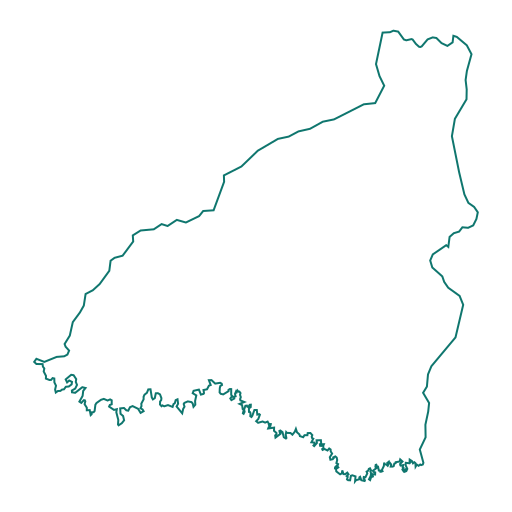 Obo, Haut-Mbomou, Central African Republic
{"feature_id": "33826404B40761150188578", "entity_name": "Obo", "entity_type": "district", "adm_level": 2, "iso_a3": "CAF", "parent_name": "Central African Republic", "parent_adm1": "Haut-Mbomou", "projection": "natural_earth1", "projection_center": [26.309, 5.539], "detail": "fine", "context": "isolated", "style": "outline", "palette": "teal", "viewbox_px": 512, "rotation_deg": 0, "n_neighbors": 0, "source": "geoboundaries", "source_scale": "gbopen_adm2", "svg_char_len": 6014}
<svg xmlns="http://www.w3.org/2000/svg" viewBox="0 0 512 512"><path d="M471.5,54.2L466.8,45.3L456.8,36.9L453.4,35.8L452.6,42.4L447.4,45.9L441.5,43.1L436.4,38.0L432.7,37.4L427.6,39.4L421.7,46.4L420.3,47.0L419.1,46.8L415.9,43.9L412.6,39.5L411.5,39.1L406.3,40.3L403.9,39.5L398.2,31.6L393.4,30.7L390.0,32.2L382.6,32.6L376.0,64.1L379.5,76.1L384.2,85.7L375.2,103.1L363.8,104.3L334.0,119.4L322.8,121.7L310.0,128.8L298.5,131.4L288.7,136.6L277.9,138.9L257.8,150.7L241.4,166.5L223.9,175.4L224.1,181.8L213.6,210.3L203.2,211.0L199.1,216.1L185.9,222.5L176.8,219.9L167.6,226.0L161.6,224.1L153.8,229.3L140.6,230.5L132.8,235.4L133.2,241.5L122.6,255.7L114.6,257.8L110.6,260.7L109.3,270.8L99.7,284.0L92.9,290.2L85.6,294.0L83.8,305.6L79.9,312.5L72.8,322.1L69.8,335.6L64.6,344.0L65.6,346.7L69.1,350.6L67.4,354.6L64.2,356.3L56.7,356.9L44.3,361.9L36.4,358.8L34.2,361.9L36.4,364.0L42.6,364.1L42.9,366.6L44.3,368.5L43.7,371.5L46.0,375.9L45.9,378.6L49.5,380.0L51.1,379.9L52.6,378.1L54.3,378.5L54.4,382.4L56.0,385.7L55.1,389.5L55.8,392.5L57.9,391.0L60.4,390.9L62.0,389.6L64.0,389.3L65.8,386.8L68.8,386.5L71.6,384.4L72.0,381.9L69.2,380.5L67.1,382.4L65.7,379.4L71.2,374.8L73.6,375.2L76.2,379.1L75.8,381.9L77.0,384.9L75.2,388.6L71.9,390.5L72.0,392.3L75.2,392.8L82.3,387.2L85.5,388.0L83.2,390.9L82.6,395.9L79.4,401.6L81.3,402.9L83.8,400.2L84.8,400.3L85.3,401.3L84.6,404.2L86.8,407.7L86.8,410.3L89.7,410.1L90.7,415.1L91.6,414.3L91.8,412.3L93.6,412.2L94.6,411.0L95.4,404.7L96.5,403.0L101.0,399.8L103.8,398.9L107.6,400.5L110.1,399.4L111.7,400.3L111.7,404.3L109.8,405.0L109.1,406.6L114.0,409.9L116.8,409.2L116.3,412.2L118.3,420.0L118.0,424.5L118.6,425.3L121.8,423.2L124.1,420.3L123.1,416.0L120.5,413.8L120.2,408.4L124.0,408.0L126.3,410.3L128.2,410.7L130.0,407.2L132.6,406.1L138.1,408.8L140.6,412.9L143.6,411.2L142.6,409.5L140.5,408.2L141.5,406.1L141.3,403.7L143.6,399.3L143.6,396.7L144.5,394.7L146.9,392.8L148.3,389.4L150.5,389.3L151.8,397.5L152.9,399.4L154.8,398.1L155.8,393.3L157.9,393.2L160.0,394.4L161.4,398.1L161.2,400.1L160.1,401.5L160.0,404.5L161.5,406.2L162.4,405.4L164.2,406.3L168.0,405.1L172.6,406.9L173.5,404.1L174.8,403.2L175.7,400.1L177.5,399.3L178.1,403.7L176.6,406.5L182.2,413.3L183.2,408.8L184.5,406.7L183.7,404.0L184.4,402.9L187.8,401.4L191.5,402.1L192.7,403.5L193.5,406.8L195.3,404.7L195.1,401.0L196.3,395.4L192.7,393.2L193.6,390.8L198.9,389.6L200.9,394.6L203.5,393.9L204.0,393.1L203.5,390.0L207.0,389.3L208.9,385.7L210.7,385.0L208.9,380.2L211.5,380.1L215.2,383.6L220.2,382.8L221.7,383.7L222.0,385.0L220.3,386.0L219.8,388.0L219.6,392.4L220.7,393.8L223.2,394.4L228.5,391.2L228.5,389.9L229.9,389.0L231.2,389.1L231.2,394.9L232.9,396.8L231.4,397.0L230.3,398.5L231.4,400.1L234.3,398.5L234.1,396.7L235.6,396.3L235.0,393.9L236.1,391.3L236.7,392.1L237.4,390.4L238.5,391.7L239.4,391.6L240.5,393.1L240.0,394.8L240.8,397.1L240.1,399.1L240.4,400.4L244.3,402.0L239.6,403.9L242.1,405.1L242.7,409.1L243.8,409.9L242.9,413.3L243.6,413.8L244.6,411.8L244.1,409.6L245.4,405.8L246.9,405.6L247.4,406.8L248.3,406.9L249.7,404.8L250.8,404.7L250.7,407.1L248.9,408.4L249.0,411.9L249.9,412.0L250.5,413.2L250.3,416.2L251.4,417.0L252.3,415.8L254.4,410.0L256.8,410.0L257.3,414.6L259.2,414.1L259.9,414.7L258.3,419.0L256.2,421.2L258.1,422.8L262.6,421.5L265.1,422.6L267.6,421.6L268.9,423.9L270.8,424.1L270.4,425.8L269.1,425.5L269.6,427.2L268.6,427.4L268.2,428.5L274.1,427.6L274.0,430.8L276.4,432.9L276.5,434.2L275.2,435.4L275.5,437.6L280.5,433.8L280.7,432.6L279.8,432.6L279.4,431.0L280.3,430.5L282.5,432.1L283.8,437.2L285.9,438.5L286.4,438.0L285.7,434.7L286.2,432.1L286.9,432.9L290.5,433.0L292.4,434.7L294.8,431.7L295.9,428.9L297.0,432.3L299.4,434.4L299.9,436.1L303.2,437.2L304.5,435.2L307.4,435.2L307.7,433.1L310.4,433.0L312.3,435.1L311.7,436.8L312.2,438.2L313.3,438.7L311.4,442.3L314.4,442.6L314.4,444.5L313.5,445.5L314.2,446.1L316.9,443.0L316.6,440.3L320.9,440.2L321.2,443.7L319.9,444.2L320.1,445.8L321.5,445.9L322.9,444.2L323.9,444.2L323.2,445.9L323.5,448.2L322.2,449.1L322.6,449.9L324.5,449.0L327.5,450.5L329.2,448.5L330.6,449.5L330.7,451.4L332.1,453.6L329.8,457.2L330.4,459.7L332.7,459.2L333.7,458.1L333.3,457.4L335.3,456.4L336.7,457.6L337.2,460.0L336.4,463.1L338.1,464.1L337.4,466.2L338.3,467.4L337.6,467.9L336.4,466.0L335.1,467.3L335.0,468.4L336.0,468.5L336.3,471.4L340.1,474.3L341.8,473.4L342.3,470.4L343.5,474.1L345.2,474.2L347.3,472.6L348.5,474.3L346.7,476.1L347.7,476.9L347.0,479.4L348.1,480.2L350.1,480.3L350.9,475.8L352.3,475.3L355.5,476.4L355.1,481.3L356.0,480.2L359.2,479.3L359.4,477.3L360.1,476.8L361.3,480.2L364.6,481.0L364.9,480.3L363.6,478.2L363.8,477.0L365.4,477.3L367.3,473.4L366.6,471.6L368.2,470.7L368.8,468.9L370.0,468.3L371.1,470.5L370.4,471.4L371.1,473.4L370.6,476.1L369.0,479.3L370.1,480.1L371.1,477.2L372.9,476.5L372.3,474.1L375.1,474.5L375.2,472.4L373.3,471.8L373.0,470.7L376.2,468.3L375.4,466.8L375.7,464.9L376.3,464.7L377.4,467.2L378.1,466.9L378.8,470.5L380.3,470.6L380.3,471.7L380.9,471.8L382.5,471.2L381.9,470.0L383.8,466.1L384.2,462.6L384.6,464.3L386.3,464.5L387.7,465.8L388.5,464.3L387.4,462.9L388.8,461.7L389.0,462.8L389.7,462.6L391.2,464.5L390.7,466.6L392.7,466.6L393.7,466.1L394.3,463.6L395.6,463.2L395.7,462.2L399.7,461.5L400.2,459.4L402.5,461.5L400.1,464.0L400.2,464.9L400.6,465.6L403.2,465.1L402.6,467.0L403.4,467.6L402.4,469.5L403.4,471.0L404.0,469.6L405.2,469.3L405.1,471.6L406.3,471.1L407.3,468.9L405.6,465.2L405.8,462.8L409.6,463.3L410.3,462.4L409.6,461.6L409.7,459.6L412.0,461.1L413.0,463.3L414.3,462.2L415.4,463.1L415.6,466.6L416.8,464.6L418.6,465.8L420.2,464.5L421.1,465.1L422.8,464.5L423.4,462.8L419.8,449.5L425.6,437.3L425.4,424.7L428.2,411.6L429.1,403.0L423.1,392.8L426.9,386.6L428.0,374.4L431.4,366.2L455.5,337.4L463.2,304.8L459.6,295.9L448.2,287.7L444.2,281.9L442.3,276.4L432.3,267.5L430.2,260.5L432.8,254.4L446.2,245.2L448.3,246.9L449.6,236.9L453.8,233.2L459.1,231.6L462.4,227.3L468.1,227.8L473.2,225.4L476.4,219.0L477.8,212.3L474.1,206.9L468.4,202.9L464.4,194.4L459.1,172.1L451.9,136.2L454.9,118.8L466.5,99.3L466.7,89.4L465.6,80.0L466.9,70.9L471.5,54.2Z" fill="none" stroke="#0f766e" stroke-width="2"/></svg>